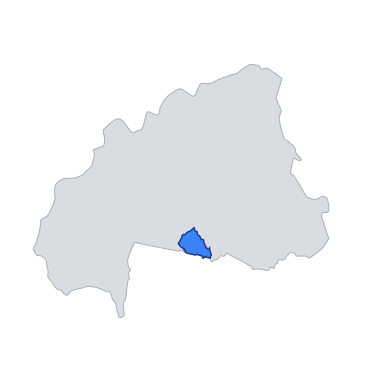 Nahouri on a map of Burkina Faso (Equal Earth projection), rotated 12°
{"feature_id": "BFA-2830", "entity_name": "Nahouri", "entity_type": "Province", "adm_level": 1, "iso_a3": "BFA", "parent_name": "Burkina Faso", "parent_adm1": "", "projection": "equal_earth", "projection_center": [-1.167, 11.251], "detail": "fine", "context": "in_parent", "style": "filled", "palette": "blue", "viewbox_px": 384, "rotation_deg": 12, "n_neighbors": 0, "source": "natural_earth", "source_scale": "10m", "svg_char_len": 4222}
<svg xmlns="http://www.w3.org/2000/svg" viewBox="0 0 384 384"><g transform="rotate(12 192 192)"><path d="M281.7,253.0L272.3,253.5L268.9,254.8L266.9,254.8L266.8,253.7L266.6,253.0L254.8,249.2L246.5,247.0L238.1,244.5L237.7,246.8L236.5,248.3L234.7,248.4L233.4,248.1L232.6,249.9L231.2,252.3L229.2,253.4L227.3,254.9L226.3,256.2L225.5,256.2L223.6,253.2L221.0,252.9L216.3,253.4L214.1,252.5L211.2,252.1L204.3,252.8L193.3,251.5L191.5,252.2L191.0,252.7L180.1,252.9L168.1,253.1L158.0,253.2L149.2,253.3L149.2,252.8L146.4,252.7L146.1,253.7L143.5,265.9L143.2,272.5L144.6,276.7L146.1,279.3L147.7,280.4L147.9,281.8L146.5,283.8L146.7,285.7L148.2,287.7L148.6,289.9L147.8,292.1L148.0,297.4L149.1,305.9L149.2,311.4L148.0,313.9L148.6,318.2L150.7,324.3L151.1,326.9L150.3,328.1L148.5,329.6L146.7,329.6L144.6,325.9L143.7,324.3L141.9,320.5L140.5,316.8L138.5,315.2L136.6,313.6L134.2,308.9L132.0,306.6L129.6,307.3L126.1,306.4L119.0,305.2L111.4,305.5L108.2,306.6L105.1,308.4L97.2,312.2L94.0,314.1L91.6,318.8L89.0,318.7L86.3,317.2L84.6,315.0L81.0,315.5L77.5,313.4L74.2,309.3L71.7,307.9L68.5,304.9L67.7,299.2L65.7,295.2L63.9,289.7L61.1,287.2L58.0,285.9L53.6,286.1L50.8,283.9L48.5,280.7L49.1,277.9L50.2,273.9L50.3,270.0L51.0,263.8L50.6,256.0L49.9,250.6L52.3,248.3L55.1,246.3L56.8,242.6L58.7,234.3L59.5,227.1L58.9,224.5L58.0,222.4L57.3,219.3L56.9,215.5L57.4,212.2L59.5,209.2L62.2,206.7L64.0,205.4L69.0,204.2L75.2,202.3L78.8,200.1L81.4,198.0L82.9,196.3L84.4,192.8L86.8,190.1L88.6,187.4L88.9,179.8L88.9,175.5L87.6,173.2L86.8,171.1L96.0,165.2L96.1,161.0L94.9,156.4L93.1,152.6L92.4,149.4L95.0,145.6L97.2,142.7L98.9,140.3L102.5,136.6L106.3,135.6L109.7,137.0L119.7,145.7L121.4,146.3L123.5,145.6L126.1,143.3L129.6,141.5L130.8,135.7L130.8,127.1L131.5,123.2L133.4,122.5L139.1,124.1L140.6,124.2L142.3,123.7L143.5,122.2L143.5,119.4L143.2,116.9L145.1,109.0L148.5,103.0L155.5,95.6L157.7,94.1L160.2,93.3L172.6,98.4L174.6,97.2L177.6,84.5L181.0,83.2L185.0,83.0L187.7,81.9L189.0,81.0L194.9,76.2L205.3,69.7L210.9,66.9L212.0,65.8L216.0,61.2L221.3,55.8L224.7,54.7L229.4,54.4L232.3,55.2L233.1,56.7L234.1,57.5L240.2,55.2L249.0,58.9L256.5,62.4L256.0,64.7L256.0,68.6L255.4,74.9L254.6,82.5L257.8,87.4L261.5,92.6L262.6,94.7L261.6,99.8L262.3,102.9L264.3,107.9L267.6,114.4L271.1,121.0L273.5,121.9L275.8,122.4L277.2,123.6L279.2,124.7L281.2,125.5L283.0,126.9L284.1,128.3L285.6,132.4L289.5,135.1L292.2,137.8L291.1,139.1L287.7,138.6L284.5,137.4L284.1,139.4L284.0,146.9L284.5,153.1L285.3,154.0L288.5,155.1L296.2,163.2L303.2,170.9L305.5,172.9L309.3,173.7L313.6,174.0L315.5,173.3L319.6,169.4L321.8,169.0L323.9,169.1L325.0,169.7L327.0,172.9L328.9,177.6L329.5,181.2L329.3,183.0L328.7,183.8L325.2,184.7L323.8,185.4L323.4,186.4L323.9,188.8L324.6,190.3L328.4,197.2L333.8,206.5L335.5,208.9L334.6,211.6L331.8,218.9L329.8,221.9L320.8,232.2L316.3,231.0L307.0,233.1L305.6,230.7L303.4,230.4L300.7,230.8L299.7,231.7L299.4,232.7L298.5,234.1L296.8,238.2L295.4,239.3L293.8,239.9L291.7,239.8L290.5,240.3L290.5,242.4L290.2,244.1L288.8,245.0L288.2,247.0L288.3,248.9L287.5,249.8L285.8,249.3L284.7,248.8L283.8,251.3L282.6,253.0L281.7,253.0Z" fill="#d9dde1" stroke="#a8b0b8" stroke-width="1"/><path d="M208.8,252.9L204.5,252.9L199.9,252.8L198.9,252.6L197.7,251.9L197.7,251.3L197.3,250.3L196.6,250.5L196.0,250.1L195.9,249.3L195.7,248.8L194.4,248.9L192.8,248.1L192.3,247.8L191.8,247.5L191.2,247.0L190.5,246.3L189.6,245.7L189.3,244.8L189.9,243.6L190.4,242.7L190.6,241.4L191.0,240.1L191.4,239.4L191.4,237.4L191.4,236.9L192.2,235.6L192.8,235.2L193.4,235.4L194.1,234.9L195.7,232.5L196.7,231.6L197.5,231.2L198.3,230.6L198.8,230.1L199.3,229.5L200.0,228.4L201.4,226.5L201.8,226.8L202.4,228.1L202.8,229.4L203.8,229.7L205.0,229.6L205.7,230.9L206.3,232.3L207.0,233.0L208.2,233.3L209.1,234.0L210.4,235.9L211.2,236.6L212.2,236.2L213.3,236.5L213.7,237.5L213.7,238.8L214.2,239.2L215.0,239.9L215.6,241.2L216.2,241.8L217.1,243.1L219.3,244.5L220.3,244.0L220.8,243.0L221.2,244.3L222.0,246.0L222.5,247.2L223.1,248.1L223.7,248.8L224.0,249.7L223.8,250.5L223.4,251.3L223.5,252.9L219.4,252.8L219.2,252.5L219.0,252.3L218.8,252.5L218.6,252.8L217.8,253.0L217.0,254.2L216.3,254.3L216.6,253.6L216.2,253.6L215.8,252.8L215.5,252.6L215.2,252.5L210.2,252.0L209.2,252.2L208.8,252.9Z" fill="#3b82f6" stroke="#1e3a8a" stroke-width="1.5"/></g></svg>